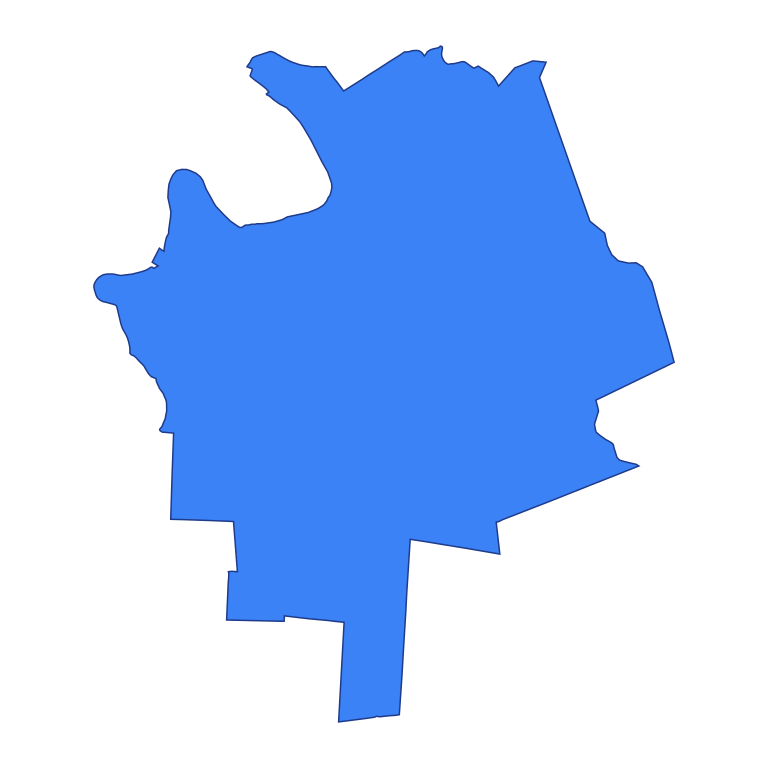 outline of Biliesti, Vrancea, Romania
{"feature_id": "2599482B7055323115880", "entity_name": "Biliesti", "entity_type": "district", "adm_level": 2, "iso_a3": "ROU", "parent_name": "Romania", "parent_adm1": "Vrancea", "projection": "mercator", "projection_center": [27.326, 45.715], "detail": "fine", "context": "isolated", "style": "filled", "palette": "blue", "viewbox_px": 768, "rotation_deg": 0, "n_neighbors": 0, "source": "geoboundaries", "source_scale": "gbopen_adm2", "svg_char_len": 4429}
<svg xmlns="http://www.w3.org/2000/svg" viewBox="0 0 768 768"><path d="M546.1,62.2L532.9,60.9L519.8,66.0L514.9,67.8L498.5,86.1L495.8,80.9L493.4,77.0L488.5,72.6L481.7,68.4L478.2,66.1L473.9,68.2L470.8,66.2L468.6,64.6L466.0,62.7L464.4,61.8L462.6,61.6L460.7,62.0L458.2,62.7L455.5,63.3L453.7,63.7L451.4,63.8L447.9,64.3L444.9,62.2L443.5,60.1L442.0,57.0L441.5,54.5L441.9,51.2L442.5,48.0L442.0,46.6L440.3,46.1L439.7,46.9L438.2,47.8L436.0,48.3L433.5,48.8L430.4,49.8L427.4,51.7L425.7,54.4L424.3,56.0L423.3,54.4L421.9,52.6L420.0,51.3L418.5,50.6L417.0,50.5L414.5,50.5L413.2,50.6L412.2,50.7L410.3,51.3L408.5,51.7L407.8,51.9L406.6,51.9L404.3,52.0L400.2,54.9L390.6,60.9L376.6,70.0L369.3,74.5L361.9,79.5L343.6,91.0L336.7,81.6L334.4,78.9L327.4,69.4L325.6,66.7L324.3,66.8L321.9,66.7L319.7,66.8L318.2,66.7L314.7,66.7L313.2,66.9L311.9,66.8L308.9,66.2L304.6,65.6L301.5,65.2L298.5,64.3L293.3,62.6L289.4,61.0L284.1,58.2L281.5,56.7L279.4,55.4L276.9,54.1L275.1,52.9L273.8,52.3L272.2,51.8L270.7,51.5L270.4,51.4L256.1,56.1L252.6,57.8L251.2,59.9L250.3,62.0L249.0,63.8L247.5,65.9L247.0,66.8L248.4,67.3L252.0,68.7L252.3,69.2L251.8,70.9L250.1,75.8L250.6,76.6L254.8,80.1L258.4,82.7L262.9,86.1L266.2,88.8L268.9,92.2L266.4,93.9L266.6,94.7L268.9,95.8L271.2,97.5L272.8,99.1L276.1,101.5L278.2,103.0L280.3,104.4L286.6,107.7L289.8,110.9L294.7,116.1L300.0,122.0L303.6,127.6L311.0,140.1L321.9,161.7L327.7,172.0L331.5,182.9L331.9,187.2L331.3,190.7L330.0,195.2L328.2,197.6L326.7,201.1L324.2,204.3L322.7,205.6L318.8,208.1L315.5,209.7L311.4,211.2L308.7,212.4L297.8,214.7L287.3,216.9L283.6,218.9L282.2,219.6L280.1,220.3L276.5,221.3L273.9,222.1L263.3,223.6L259.6,223.8L257.2,223.7L255.2,224.2L252.6,224.2L250.7,224.4L249.4,224.9L247.4,225.1L245.9,225.0L244.4,225.6L242.1,227.3L239.8,227.5L237.4,226.0L230.6,221.3L223.9,214.8L220.8,211.5L215.9,206.3L214.0,203.3L211.1,198.0L206.2,189.2L202.8,180.4L200.3,176.8L195.9,173.2L190.0,170.6L186.6,169.5L181.8,169.4L176.5,170.7L172.9,174.9L171.0,178.7L169.0,184.0L168.3,190.1L167.9,197.4L170.0,207.3L170.9,211.9L170.5,217.4L168.7,230.2L168.6,233.5L166.6,237.0L165.6,240.7L164.5,246.2L164.0,250.2L164.0,251.2L162.1,250.2L159.4,248.2L158.3,250.3L152.2,262.2L155.2,264.1L158.1,265.9L153.7,268.4L152.4,267.2L150.8,267.2L148.6,268.8L145.7,270.3L141.2,271.8L136.5,273.0L132.2,274.1L127.4,274.7L120.7,275.5L117.6,275.0L114.3,274.2L111.3,274.0L107.2,274.0L103.5,274.7L101.4,275.7L98.9,277.3L96.8,279.5L95.3,281.9L94.1,284.5L93.9,286.9L94.4,289.7L96.1,295.2L97.1,297.3L98.2,298.6L99.9,300.0L102.6,301.5L106.9,302.5L114.9,304.7L116.1,305.5L116.7,306.4L117.1,307.9L120.8,323.5L121.7,326.4L122.6,328.8L123.9,331.0L124.9,332.9L125.8,334.3L127.5,338.1L128.3,340.7L128.9,342.9L129.8,347.2L129.9,349.7L129.9,353.2L131.2,354.7L134.1,356.0L136.1,357.7L138.5,360.5L140.6,362.6L142.8,364.7L144.1,366.3L146.2,370.0L148.7,374.0L151.3,376.7L156.1,378.6L156.2,380.5L156.5,381.6L157.2,383.4L158.8,386.9L159.6,388.6L161.3,390.9L162.6,392.6L163.4,393.9L164.5,396.8L165.3,398.4L165.7,399.5L166.4,401.7L166.5,403.1L166.6,404.7L166.7,411.2L166.2,413.3L165.9,414.9L165.2,418.7L163.2,423.3L162.2,426.0L161.5,427.1L159.9,428.9L159.6,429.8L160.1,430.7L162.2,432.1L164.4,432.3L173.6,433.1L173.4,438.8L172.2,471.8L170.7,519.3L183.0,519.6L209.4,520.5L233.5,521.5L237.4,571.7L231.4,571.3L228.4,571.7L228.8,573.5L228.7,577.0L228.2,583.3L227.6,597.4L226.6,620.0L284.1,621.3L284.4,616.5L284.4,615.9L287.3,616.2L298.0,617.5L306.8,618.5L308.2,618.7L328.1,620.5L328.9,620.6L331.2,620.9L336.1,621.5L338.4,621.7L342.8,622.2L344.1,622.4L338.6,721.9L348.4,720.7L366.9,718.3L371.7,717.6L374.0,717.3L375.3,716.9L375.9,716.5L376.8,716.3L377.5,716.4L378.1,716.6L379.0,716.7L380.7,716.7L384.8,716.2L391.1,715.6L394.8,715.4L396.9,715.1L399.3,714.7L401.9,676.5L403.8,644.0L405.8,611.6L406.7,593.8L410.2,539.3L421.9,541.1L445.1,544.9L467.4,548.5L483.6,551.3L499.8,554.1L496.2,522.1L498.2,521.8L502.7,519.6L551.3,500.7L588.7,485.8L638.8,466.0L636.2,464.3L629.5,462.8L622.8,461.1L619.5,460.1L617.0,457.5L614.5,449.4L614.1,448.2L613.6,445.7L612.9,444.0L611.4,442.7L608.8,441.2L605.2,439.2L599.7,435.2L596.1,432.1L595.2,428.3L594.5,424.1L598.5,411.2L598.2,409.5L597.9,407.9L596.9,404.0L595.8,400.2L674.1,362.3L671.5,352.2L668.8,342.1L665.1,329.5L659.3,309.9L654.3,291.4L651.8,282.3L647.2,274.6L642.7,266.9L636.3,262.8L628.4,263.1L618.3,260.9L611.7,254.7L607.3,245.4L604.7,233.2L589.9,221.2L580.4,194.2L539.5,77.6L542.8,69.9L546.1,62.2Z" fill="#3b82f6" stroke="#1e3a8a" stroke-width="1.5"/></svg>